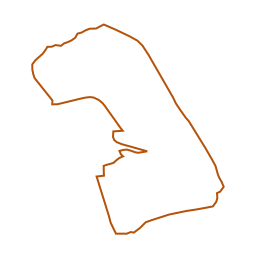 Starehe, Nairobi, Kenya, rotated 175°
{"feature_id": "3690345B38564256693946", "entity_name": "Starehe", "entity_type": "district", "adm_level": 2, "iso_a3": "KEN", "parent_name": "Kenya", "parent_adm1": "Nairobi", "projection": "albers", "projection_center": [36.838, -1.29], "detail": "fine", "context": "isolated", "style": "outline", "palette": "amber", "viewbox_px": 256, "rotation_deg": 175, "n_neighbors": 0, "source": "geoboundaries", "source_scale": "gbopen_adm2", "svg_char_len": 1403}
<svg xmlns="http://www.w3.org/2000/svg" viewBox="0 0 256 256"><g transform="rotate(175 128 128)"><path d="M201.2,215.9L203.6,212.7L206.6,209.3L211.4,205.8L214.6,203.3L217.8,199.7L218.2,194.7L217.7,190.2L216.8,186.1L214.5,182.5L209.6,175.1L204.1,166.9L200.9,162.0L201.4,158.2L196.5,157.8L189.6,158.8L179.0,160.4L173.3,161.3L167.7,162.0L163.3,162.1L159.7,161.4L154.7,158.5L151.3,155.2L149.1,151.9L143.9,143.0L141.0,138.2L138.2,133.4L135.3,128.4L133.5,125.7L142.9,125.9L143.7,120.5L142.9,117.4L140.5,114.9L135.1,112.2L126.4,109.0L110.9,103.1L119.9,102.4L123.0,103.2L127.0,105.1L131.1,106.6L134.6,106.6L138.5,105.9L137.3,102.3L135.4,100.2L139.2,98.9L142.1,97.1L145.5,94.5L152.7,93.1L155.5,92.4L155.9,87.7L156.1,82.6L163.5,82.4L154.7,42.0L153.5,35.0L149.2,23.8L146.0,23.5L142.4,23.2L138.6,22.8L134.3,24.1L131.3,23.3L124.9,27.3L118.5,32.6L111.4,34.4L94.6,38.2L77.6,40.2L66.9,40.9L57.0,41.8L50.3,42.5L46.5,46.8L45.1,50.4L45.0,55.4L41.7,56.6L37.8,61.1L39.4,66.1L41.1,69.7L42.4,73.4L43.1,77.1L44.1,82.5L46.7,88.5L52.8,101.6L66.9,129.6L69.5,133.1L72.6,138.4L74.7,142.0L78.2,148.4L80.3,154.1L98.2,192.6L101.2,199.1L106.4,208.8L111.0,214.2L118.6,219.3L131.7,227.0L143.1,233.2L147.3,231.5L151.0,229.9L153.9,230.0L157.3,230.3L161.8,229.0L165.7,227.2L170.1,226.4L172.6,222.6L176.8,220.1L181.2,218.6L184.2,217.9L187.6,215.7L193.0,216.9L197.0,215.6L201.2,215.9Z" fill="none" stroke="#b45309" stroke-width="2"/></g></svg>